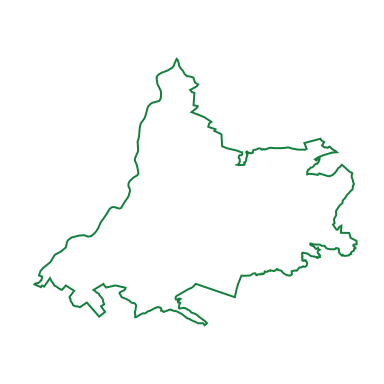 outline of Brancovenesti, Mures, Romania, rotated 177°
{"feature_id": "2599482B90638587736477", "entity_name": "Brancovenesti", "entity_type": "district", "adm_level": 2, "iso_a3": "ROU", "parent_name": "Romania", "parent_adm1": "Mures", "projection": "robinson", "projection_center": [24.725, 46.873], "detail": "fine", "context": "isolated", "style": "outline", "palette": "green", "viewbox_px": 384, "rotation_deg": 177, "n_neighbors": 0, "source": "geoboundaries", "source_scale": "gbopen_adm2", "svg_char_len": 5879}
<svg xmlns="http://www.w3.org/2000/svg" viewBox="0 0 384 384"><g transform="rotate(177 192 192)"><path d="M249.9,209.3L253.4,206.4L254.7,204.4L255.1,202.7L255.1,200.8L253.9,198.0L254.0,195.8L255.7,190.8L260.2,185.0L263.7,179.7L265.5,179.3L270.8,181.1L272.0,181.1L273.4,180.7L275.4,179.1L279.1,173.5L284.8,166.4L287.4,161.1L289.2,158.4L291.1,156.2L295.0,153.2L298.1,152.9L300.9,154.2L302.6,154.5L307.1,154.4L314.5,152.9L318.0,150.7L318.9,149.6L319.7,147.7L320.6,144.1L321.2,143.0L326.0,139.4L332.0,136.6L333.2,135.3L336.1,130.6L337.9,128.8L344.6,123.9L347.4,121.1L349.2,116.7L346.0,115.3L347.1,111.6L347.7,111.5L348.7,110.3L349.9,109.4L350.9,109.0L352.7,109.0L353.9,108.4L354.2,107.9L347.8,104.9L346.8,106.4L344.6,105.3L338.3,113.4L337.1,110.5L334.9,107.3L334.5,106.0L332.5,104.7L328.7,101.7L328.5,101.9L326.9,101.1L322.9,105.2L314.8,99.5L319.2,94.4L319.7,93.8L319.8,92.9L318.9,91.5L319.0,90.5L318.7,89.1L317.0,86.5L316.7,85.2L314.9,84.1L311.8,83.6L310.0,82.8L302.8,87.1L291.2,72.4L285.1,76.8L288.8,82.7L285.7,84.3L285.8,85.3L286.2,86.0L286.8,89.5L287.2,90.5L289.7,93.6L290.1,94.7L290.9,95.7L292.7,96.8L294.6,98.8L295.5,99.3L285.3,104.8L284.1,102.7L282.7,101.1L273.5,102.7L263.4,99.9L263.7,98.6L265.1,97.3L269.2,95.7L269.7,94.5L268.3,92.1L267.8,90.6L263.8,88.9L260.2,86.7L258.3,84.7L255.5,84.0L254.8,83.6L254.0,82.3L253.7,80.8L254.3,79.3L254.5,77.3L255.4,75.1L255.1,72.7L255.3,70.0L253.2,70.4L252.4,71.1L247.6,73.4L244.9,73.3L242.4,75.1L240.2,75.6L235.1,78.0L232.4,78.9L232.0,78.7L231.2,78.8L230.7,78.4L229.4,78.1L228.7,76.6L229.1,75.2L227.8,74.9L226.8,73.7L219.8,75.8L217.1,74.5L213.5,73.6L208.4,70.6L203.2,66.0L200.7,65.2L200.2,64.5L192.4,60.5L188.1,60.4L187.6,60.2L186.4,58.3L183.9,60.1L185.4,62.0L191.7,67.2L192.9,68.6L195.1,70.1L199.1,71.8L200.2,73.4L205.0,76.4L206.5,76.7L210.4,76.3L211.0,76.5L210.8,79.3L210.4,80.7L209.7,81.3L209.6,82.0L210.7,82.2L211.0,82.8L211.7,82.6L211.9,83.1L211.8,83.5L209.1,85.8L210.7,86.3L212.4,85.4L213.5,85.3L214.1,86.6L213.5,88.3L212.6,89.1L199.6,95.7L197.8,96.1L195.2,97.9L193.1,100.1L154.7,84.7L152.4,93.2L150.7,97.9L147.0,105.9L143.9,105.6L138.7,105.6L138.0,105.7L135.2,107.4L133.4,107.5L132.9,107.3L132.1,105.5L131.5,105.5L130.2,106.4L129.4,106.4L128.7,106.1L126.4,106.3L126.7,106.8L126.2,106.9L125.1,106.4L124.0,107.0L123.6,108.7L123.3,108.9L122.2,108.3L121.4,108.4L120.4,109.0L119.7,108.8L119.2,109.3L118.0,109.8L117.5,109.2L116.4,109.4L114.3,108.7L112.6,109.4L111.6,110.5L110.6,110.5L110.2,109.7L106.8,108.7L105.2,106.3L102.0,104.1L98.4,103.3L96.5,104.6L96.7,107.4L96.4,107.8L93.1,108.2L91.6,107.9L88.6,111.0L86.7,111.1L84.9,112.0L84.1,111.4L82.9,111.4L81.2,112.7L80.7,115.5L82.1,117.8L82.7,117.3L83.4,117.9L84.5,117.4L85.5,117.9L85.1,119.2L85.2,120.1L85.5,120.7L85.2,121.1L85.4,121.6L85.1,122.0L85.1,123.3L85.5,123.9L84.8,125.6L79.8,124.4L76.4,121.7L70.3,120.5L70.8,119.9L70.6,119.6L67.6,120.3L67.7,121.1L67.5,122.0L68.3,122.4L68.2,123.2L69.5,124.2L69.7,125.5L69.4,126.4L67.5,127.6L68.8,128.4L69.1,129.6L70.4,128.7L71.5,128.9L72.4,130.3L73.5,131.4L76.4,132.9L76.7,133.5L76.4,134.3L75.7,133.8L75.0,134.0L72.6,133.2L66.8,132.7L65.4,131.5L62.7,131.4L61.9,130.7L61.6,129.6L60.0,128.4L57.7,127.7L53.4,127.3L50.9,128.0L50.9,128.4L49.4,128.2L48.4,127.4L48.2,126.6L48.5,125.6L48.1,124.7L48.3,123.6L46.5,121.5L45.4,120.5L45.0,120.6L45.3,121.2L44.9,121.5L43.5,120.4L42.0,120.2L38.3,120.6L37.8,121.5L36.5,121.7L36.8,122.2L36.2,123.3L35.1,124.2L33.5,124.9L32.8,126.2L33.0,126.7L31.6,127.4L31.7,128.0L33.5,129.4L33.7,130.0L33.6,130.7L33.3,131.0L30.3,131.2L30.3,134.6L36.0,137.9L37.1,142.7L37.6,142.9L45.4,143.5L44.6,150.5L46.6,149.5L48.2,147.2L49.2,146.7L50.0,147.3L52.9,152.1L51.2,153.5L51.7,157.4L49.5,160.8L49.1,162.1L49.3,163.6L49.2,164.9L48.8,166.1L45.2,170.9L42.3,173.1L41.9,175.6L38.9,178.6L37.6,180.8L35.3,182.7L34.2,184.1L31.4,186.3L31.4,187.8L30.9,189.0L31.0,189.8L29.8,191.4L30.6,193.7L30.8,195.8L31.6,197.8L31.7,200.1L30.9,202.4L34.1,204.5L39.7,210.3L41.0,211.3L42.6,209.6L44.9,208.0L46.8,205.2L50.5,201.7L53.6,200.6L55.2,200.7L64.0,203.9L65.6,202.5L70.8,203.7L74.7,204.0L75.9,203.5L76.0,203.9L75.9,206.0L74.7,208.4L73.7,208.4L72.3,210.2L71.1,210.2L70.1,210.7L69.1,211.5L68.2,212.8L66.4,213.9L65.3,213.7L63.7,215.9L63.5,216.8L63.1,217.3L62.8,219.0L63.6,218.9L66.2,217.0L67.5,218.1L64.0,220.1L59.1,221.8L50.2,224.0L45.2,224.1L46.6,225.5L49.6,227.3L52.1,230.1L53.0,229.9L54.1,229.0L56.3,229.7L57.5,229.6L59.7,231.7L57.4,234.9L60.3,237.0L60.9,238.5L77.2,235.0L75.2,229.2L76.6,228.3L84.0,228.8L89.2,230.0L93.6,231.5L98.9,231.1L106.8,231.4L111.7,232.1L117.2,230.6L118.4,231.2L119.3,230.6L120.5,230.8L120.8,231.6L123.0,232.1L125.4,231.1L128.3,230.7L129.2,229.4L129.0,228.6L129.2,228.1L131.0,227.5L134.4,228.7L134.7,229.4L135.1,229.6L135.8,229.0L135.8,228.5L134.4,227.2L135.1,226.9L135.0,225.3L135.9,223.2L136.3,220.7L137.0,219.3L138.2,218.9L138.5,218.5L137.8,217.5L138.3,216.4L144.0,216.4L145.4,216.8L144.0,217.4L142.8,219.4L142.6,221.5L142.9,222.8L143.6,223.7L143.2,225.6L142.3,226.3L141.0,226.1L140.2,226.6L139.8,227.4L139.9,229.0L140.6,229.0L145.2,231.1L154.6,233.8L159.5,236.1L159.6,247.9L160.0,248.4L166.4,251.8L165.7,252.4L165.2,253.4L172.3,256.2L171.4,259.4L169.0,261.0L176.0,266.2L188.3,271.8L183.0,275.6L181.9,276.9L181.8,277.4L185.9,278.6L184.4,290.9L186.8,291.7L188.5,294.0L181.9,297.2L180.2,299.0L183.3,301.2L184.7,306.3L188.2,307.5L190.9,307.9L193.3,310.3L194.6,313.3L196.8,316.0L198.1,318.4L198.5,319.6L198.4,321.1L199.2,323.5L199.4,324.8L200.4,325.7L202.6,321.5L203.4,319.4L205.0,317.3L210.0,314.6L215.7,312.8L218.6,311.4L220.3,310.1L221.2,308.7L221.4,307.4L220.9,301.8L217.8,294.4L217.8,290.6L218.3,287.2L219.5,285.2L220.4,284.6L227.1,283.1L228.5,282.4L231.3,279.7L231.9,278.5L234.7,269.9L235.6,268.1L239.6,263.1L240.7,259.6L242.1,249.8L243.7,244.8L243.6,237.2L243.9,235.2L247.0,228.9L247.4,227.1L247.2,225.8L246.0,222.8L245.2,219.2L244.5,213.3L245.7,211.6L249.9,209.3Z" fill="none" stroke="#15803d" stroke-width="2"/></g></svg>